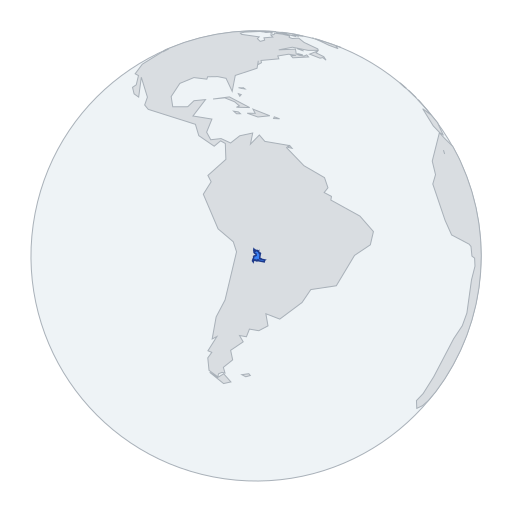 globe centered on Chuquisaca, rotated 11°
{"feature_id": "BOL-1292", "entity_name": "Chuquisaca", "entity_type": "Department", "adm_level": 1, "iso_a3": "BOL", "parent_name": "Bolivia", "parent_adm1": "", "projection": "orthographic", "projection_center": [-64.786, -19.94], "detail": "fine", "context": "on_globe", "style": "filled", "palette": "blue", "viewbox_px": 512, "rotation_deg": 11, "n_neighbors": 0, "source": "natural_earth", "source_scale": "10m", "svg_char_len": 6240}
<svg xmlns="http://www.w3.org/2000/svg" viewBox="0 0 512 512"><g transform="rotate(11 256 256)"><circle cx="256" cy="256" r="225" fill="#eef3f6" stroke="#a8b0b8"/><path d="M222.8,33.2L222.5,33.3L225.8,32.7L231.2,32.1L232.8,31.9L231.0,32.3L223.9,33.2L202.1,38.4L198.1,40.2L199.5,41.2L217.3,40.3L215.9,42.4L219.2,44.5L223.3,42.5L222.2,40.3L230.7,37.9L228.3,36.2L231.4,35.2L231.9,33.7L239.6,33.2L246.9,33.6L246.9,35.1L250.1,35.6L256.4,34.0L262.5,37.2L277.1,40.9L277.9,42.2L267.9,44.2L251.9,44.1L239.0,49.3L255.3,45.4L256.9,49.9L260.4,50.7L264.9,50.6L267.4,48.9L269.6,50.6L254.4,54.4L252.1,52.8L257.0,51.4L249.5,51.7L239.2,55.5L240.8,58.1L223.6,63.1L224.5,65.2L221.3,67.9L221.0,63.9L221.2,71.5L201.2,82.7L201.2,98.9L192.7,87.3L184.4,87.2L174.3,89.3L174.0,91.8L161.0,92.7L148.3,101.1L142.3,115.7L145.8,125.4L160.5,122.5L165.5,115.4L176.6,112.1L167.4,130.6L186.6,130.0L183.9,143.9L189.4,150.5L199.3,147.4L209.5,149.9L217.1,141.1L229.3,135.9L229.2,147.3L236.2,136.6L242.8,141.8L267.2,141.2L265.3,143.8L285.8,158.2L308.3,166.0L313.6,175.3L310.8,180.7L318.7,183.1L318.8,186.8L350.4,197.0L366.6,209.6L366.1,223.2L352.6,236.6L340.5,269.9L316.2,278.5L310.1,292.8L291.4,313.4L276.7,310.8L281.1,322.3L273.0,328.8L263.5,329.0L262.0,337.1L255.0,337.2L259.8,342.7L249.1,353.4L252.9,362.4L245.2,371.5L247.9,376.8L244.8,376.7L241.7,378.8L241.6,381.9L231.7,377.2L228.1,365.2L231.0,359.0L226.9,358.2L233.0,342.5L228.8,345.8L228.5,323.4L234.0,305.1L236.1,255.6L231.0,246.4L213.6,236.6L192.5,205.4L197.8,191.7L193.4,186.1L208.0,166.9L204.4,151.4L199.3,149.7L194.0,156.2L176.9,148.8L171.4,138.3L122.2,132.6L117.9,129.0L119.1,120.8L109.3,102.4L110.5,122.4L105.4,120.1L102.6,114.0L105.8,110.8L106.2,101.3L102.6,100.2L107.8,89.4L126.1,72.5L126.2,73.0L130.6,69.5L130.6,68.9L129.6,69.5L130.6,68.9L144.7,60.1L159.4,52.5L174.7,45.9L190.4,40.5L206.5,36.2L222.8,33.2ZM199.5,104.9L221.5,111.5L208.4,113.7L211.0,111.8L205.6,108.7L195.2,106.7L183.9,110.1L199.5,104.9ZM210.6,94.3L206.7,94.1L210.6,93.6L210.6,94.3ZM128.4,70.3L130.2,69.3L128.4,70.9L126.4,72.0L128.4,70.3ZM227.6,34.3L229.7,34.0L228.5,34.4L227.6,34.3ZM225.8,34.0L223.0,34.7L221.7,34.7L223.5,34.3L225.8,34.0ZM229.7,33.3L219.9,34.7L217.7,34.8L222.7,33.5L229.7,33.3ZM248.5,387.4L232.7,379.0L241.4,382.7L246.8,377.8L255.4,384.4L248.5,387.4ZM264.7,375.2L271.4,372.9L273.2,374.4L269.0,376.5L264.7,375.2ZM434.9,119.1L437.0,121.8L438.6,124.0L447.6,137.5L455.7,151.7L462.7,166.4L468.6,181.5L473.4,197.0L477.1,212.9L479.6,228.9L481.0,245.2L481.2,261.4L480.2,277.7L478.1,293.8L474.8,309.7L470.3,325.4L464.8,340.6L458.1,355.5L457.3,356.8L452.8,364.9L448.1,371.1L442.9,374.9L441.1,367.3L446.3,359.2L453.5,340.6L465.8,299.5L471.8,285.1L473.9,271.8L472.1,238.4L472.9,224.2L471.0,216.4L468.0,214.9L465.2,205.6L462.9,203.7L444.0,198.0L434.8,184.9L415.8,151.6L416.7,141.9L410.9,129.2L412.5,100.0L419.5,105.1L428.2,110.8L434.9,119.1ZM409.3,90.9L408.5,90.2L416.5,101.2L413.0,100.0L405.2,94.5L391.5,79.6L400.8,84.1L396.1,79.9L385.1,71.7L388.8,74.1L385.5,71.7L386.7,72.5L409.3,90.9ZM419.8,116.3L421.6,119.7L421.7,119.8L419.8,116.3ZM268.0,141.1L270.9,143.4L267.0,143.3L268.0,141.1ZM206.4,118.1L211.2,117.9L213.6,119.3L209.8,120.1L206.4,118.1ZM247.4,115.9L253.0,116.8L247.0,117.7L247.4,115.9ZM225.0,112.4L242.8,115.7L231.3,119.2L220.1,117.5L228.0,116.1L225.0,112.4ZM207.7,100.0L210.7,100.4L209.6,102.3L207.7,100.0ZM213.4,94.1L212.2,94.3L210.8,93.0L213.4,94.1ZM257.7,49.7L259.0,49.4L263.5,49.6L261.2,50.4L257.7,49.7ZM284.5,47.4L287.4,50.4L283.7,48.5L281.1,49.6L270.1,47.6L277.7,42.8L276.2,45.1L284.5,47.4ZM257.5,44.4L263.7,45.7L256.7,44.6L257.5,44.4ZM364.3,58.5L368.1,60.6L371.5,62.6L369.8,62.2L364.9,59.0L364.3,58.5ZM383.1,70.0L379.7,68.0L379.3,67.5L375.6,65.1L373.8,64.0L383.1,70.0ZM322.3,40.7L322.2,40.7L322.3,40.7ZM240.4,31.4L237.5,31.7L239.9,31.4L240.4,31.4ZM250.3,30.8L253.0,30.8L250.3,30.9L260.5,31.1L257.4,31.6L250.9,31.3L256.2,32.2L249.1,32.2L253.4,33.0L239.2,32.2L233.0,32.7L241.1,31.9L244.1,31.3L243.5,31.2L239.0,31.4L250.3,30.8ZM299.7,35.0L295.5,34.4L294.7,35.1L297.0,36.8L287.2,35.2L278.8,33.0L272.4,31.5L274.3,31.5L299.7,35.0ZM271.1,31.2L269.8,31.1L269.7,31.1L271.1,31.2Z" fill="#d9dde1" stroke="#a8b0b8" stroke-width="1"/><path d="M265.5,258.2L265.4,258.3L265.3,258.5L265.2,258.6L265.2,260.2L259.4,260.2L259.0,260.2L258.9,260.2L258.9,259.9L258.8,260.0L258.7,260.0L258.7,259.9L258.4,259.8L258.2,259.7L258.2,259.8L258.2,260.0L258.2,260.3L258.2,260.5L257.9,260.7L257.6,260.7L257.4,260.6L257.2,260.5L256.9,260.5L256.8,260.3L256.8,260.2L256.7,260.1L256.5,259.9L256.4,259.9L256.2,260.0L256.1,260.3L256.0,260.5L255.9,260.5L255.7,260.5L255.7,260.4L255.5,260.2L255.4,260.2L255.2,260.2L254.9,260.0L254.7,260.0L254.5,260.8L254.5,261.0L254.5,261.3L254.4,262.0L254.4,262.3L254.1,262.0L253.5,261.5L253.5,261.3L253.5,261.2L253.5,260.8L253.5,260.7L253.6,260.0L253.7,259.5L253.8,259.4L253.8,259.1L254.1,258.3L253.9,257.3L253.8,257.2L253.9,256.9L254.0,256.7L254.0,256.4L254.3,256.2L254.5,256.2L254.9,256.1L255.0,256.1L255.7,255.7L256.0,255.4L256.1,255.2L256.0,254.9L255.7,254.5L255.7,254.4L255.7,254.2L255.6,253.9L255.4,253.7L255.2,253.7L254.9,253.8L254.7,253.8L254.4,253.6L254.1,253.5L254.0,253.4L253.8,253.3L253.7,253.1L253.5,252.9L253.4,252.8L253.3,252.7L253.2,252.4L253.4,252.0L253.5,252.0L253.5,251.9L253.4,251.9L253.4,251.7L253.5,251.4L253.6,251.2L253.3,251.1L252.9,251.3L252.8,251.2L252.9,250.6L252.8,250.4L252.9,250.2L252.7,250.1L252.6,249.8L252.6,249.7L252.7,249.8L252.8,249.8L253.0,249.8L253.1,250.0L253.3,249.9L253.7,250.0L253.8,250.1L254.0,250.2L254.1,250.3L254.3,250.5L254.3,250.8L254.5,250.8L254.9,250.9L254.9,251.0L255.0,250.9L255.0,250.7L255.3,250.5L255.5,250.4L255.8,250.3L256.0,250.3L256.1,250.5L256.3,250.4L256.4,250.5L256.5,250.6L256.6,250.8L256.8,251.0L257.0,251.0L257.4,250.8L257.5,250.7L257.5,250.8L257.7,251.0L257.7,251.3L257.8,251.4L257.8,251.5L258.0,251.7L258.1,251.8L258.2,252.0L258.3,252.1L258.5,252.1L258.6,252.3L258.8,252.9L258.9,253.0L259.0,253.0L259.2,252.9L259.3,252.8L259.3,252.5L259.4,252.4L259.5,252.4L259.6,252.5L259.8,252.4L259.9,252.5L259.8,253.1L259.8,253.4L259.9,256.1L260.0,256.3L260.1,257.9L260.2,258.0L260.3,258.0L260.5,258.0L260.8,258.0L260.8,257.9L261.0,257.9L261.2,257.7L261.3,257.7L261.3,257.8L261.4,258.1L261.5,258.1L265.5,258.2Z" fill="#3b82f6" stroke="#1e3a8a" stroke-width="1.5"/></g></svg>